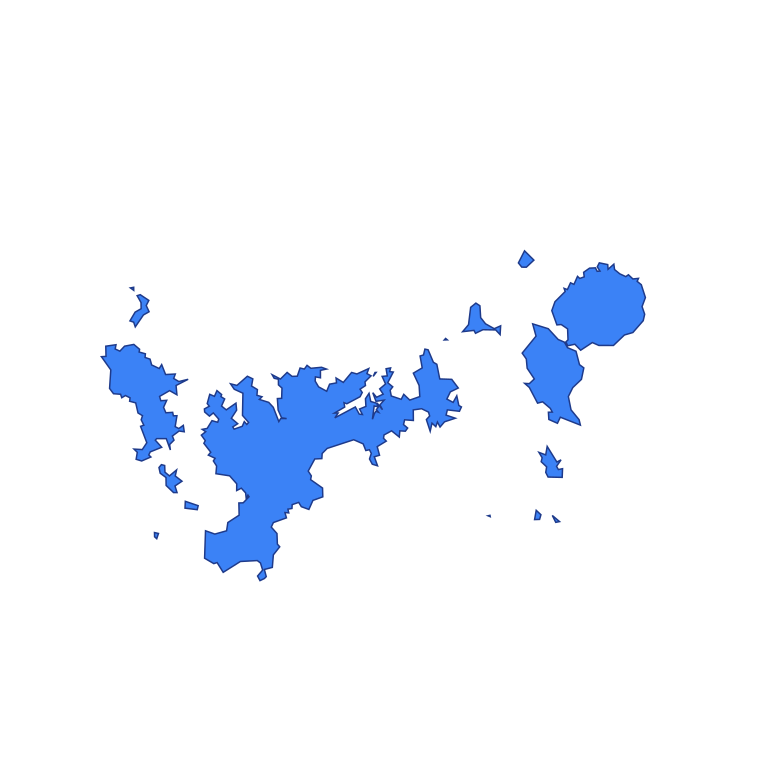 outline of Waiheke Local Board Area, Auckland, New Zealand, rotated 152°
{"feature_id": "76426892B70848202071782", "entity_name": "Waiheke Local Board Area", "entity_type": "district", "adm_level": 2, "iso_a3": "NZL", "parent_name": "New Zealand", "parent_adm1": "Auckland", "projection": "albers", "projection_center": [175.058, -36.805], "detail": "fine", "context": "isolated", "style": "filled", "palette": "blue", "viewbox_px": 768, "rotation_deg": 152, "n_neighbors": 0, "source": "geoboundaries", "source_scale": "gbopen_adm2", "svg_char_len": 6187}
<svg xmlns="http://www.w3.org/2000/svg" viewBox="0 0 768 768"><g transform="rotate(152 384 384)"><path d="M399.8,394.8L391.6,397.3L394.2,401.2L390.2,404.8L403.2,405.6L407.2,409.4L419.2,404.5L423.5,411.8L425.4,407.3L432.1,409.4L438.0,404.5L443.1,412.2L443.4,418.9L441.2,422.5L437.2,419.3L433.7,425.9L427.8,424.2L431.3,428.1L441.2,432.2L443.2,436.6L447.3,434.6L450.6,437.5L456.9,431.6L461.6,433.9L464.1,439.7L473.1,437.0L478.4,444.7L478.3,440.6L475.0,437.8L477.6,432.8L476.0,428.3L481.1,419.4L485.0,421.2L489.7,410.7L490.3,402.2L486.2,399.2L491.4,402.0L494.5,400.2L492.7,415.4L494.4,421.9L501.3,428.9L497.7,430.0L501.5,433.7L498.4,438.5L501.9,444.4L497.4,450.1L501.0,455.0L514.5,451.8L519.4,456.2L518.7,449.7L512.9,442.1L523.7,422.7L521.6,413.6L524.1,412.7L525.0,416.4L529.0,413.2L537.5,414.5L537.7,417.1L531.8,417.6L534.9,425.4L526.4,430.1L523.7,436.6L535.4,435.2L537.8,440.8L531.7,445.6L533.9,449.4L532.3,450.9L534.6,456.6L539.5,452.7L542.7,456.7L549.3,449.7L548.7,446.4L554.3,446.3L555.5,443.5L553.2,437.6L548.3,438.6L546.4,430.6L548.8,428.3L553.1,432.4L561.0,427.8L565.8,429.3L563.8,425.6L569.3,424.6L568.4,417.9L570.9,416.2L569.0,405.1L572.5,403.7L568.0,397.7L570.8,396.2L570.3,390.2L574.5,383.7L563.4,375.4L560.9,365.0L564.1,359.1L558.9,359.0L557.3,352.8L559.5,347.4L556.3,349.8L556.1,347.8L564.1,345.2L568.0,347.1L573.5,336.2L586.9,335.0L591.9,328.3L603.8,330.9L610.5,338.2L624.2,314.4L618.6,305.3L615.2,304.7L614.4,293.2L594.1,294.7L578.8,287.6L577.1,284.0L578.5,276.7L585.8,273.8L585.8,268.6L580.9,268.4L578.4,269.2L576.7,276.4L568.7,274.5L561.9,285.1L552.5,289.2L553.3,292.7L548.7,302.2L550.7,310.6L546.7,313.6L533.0,311.6L531.8,317.0L528.6,314.9L527.6,318.6L523.7,317.3L521.7,320.6L514.9,319.5L514.6,314.5L509.2,308.5L501.4,314.6L491.0,313.1L487.1,321.0L493.7,334.0L491.3,337.0L491.8,342.7L480.3,350.3L473.9,347.3L471.2,351.7L464.4,353.8L436.9,349.0L430.5,340.9L431.3,333.8L427.7,332.8L427.8,328.7L432.0,324.6L432.0,318.7L428.1,314.8L426.7,324.3L421.4,323.2L419.4,331.9L408.8,332.5L409.9,336.3L407.9,339.0L399.3,339.1L395.4,330.0L392.0,335.2L387.3,332.3L383.8,334.0L385.8,339.0L382.6,342.7L375.2,338.0L370.3,347.4L362.4,344.5L357.9,338.3L358.7,334.3L363.3,332.7L365.4,320.6L360.0,326.9L358.3,322.0L354.7,325.3L354.7,319.7L348.3,322.2L337.1,320.3L343.8,327.4L340.2,331.4L330.2,324.5L326.4,327.4L328.0,329.9L325.3,339.4L331.6,335.3L335.6,341.2L329.1,345.9L320.3,345.6L322.0,356.3L332.4,362.3L328.1,376.6L330.2,380.0L329.0,393.5L331.5,395.6L335.5,391.1L339.0,391.8L342.7,380.3L353.0,379.8L353.7,366.2L358.3,356.1L368.8,357.7L371.4,365.6L376.0,362.4L383.2,370.0L381.5,375.6L377.6,377.4L380.1,383.4L370.2,390.2L373.2,392.3L370.6,395.1L375.0,396.5L377.3,389.6L382.1,391.6L382.6,383.3L390.1,381.7L389.5,375.4L396.8,375.8L398.0,381.6L399.2,372.5L391.5,369.7L397.4,367.5L397.4,362.0L398.7,368.7L400.0,366.2L402.7,365.0L402.1,361.6L403.9,363.7L406.4,362.4L409.8,359.1L410.3,358.8L410.7,358.4L410.8,358.3L403.0,369.2L400.3,366.9L399.3,370.3L403.9,374.8L401.6,382.8L407.3,379.7L410.5,372.7L417.3,373.4L417.4,367.2L420.0,369.0L420.1,377.2L443.3,377.2L438.1,379.9L441.4,381.6L429.5,382.1L428.1,386.3L426.1,384.0L411.1,384.0L407.2,386.7L407.6,390.7L401.1,391.3L399.8,394.8ZM163.3,310.3L148.7,314.4L140.1,312.6L125.4,318.2L121.1,323.2L119.8,331.2L112.6,337.6L110.2,350.9L112.3,355.8L109.7,357.8L114.9,359.9L116.9,365.7L120.1,365.3L124.1,370.6L126.7,376.8L124.8,381.9L132.3,380.1L130.4,384.4L137.0,389.9L140.7,387.3L140.3,382.3L142.9,383.4L142.8,387.3L148.1,389.8L155.3,388.9L156.9,384.6L161.6,385.3L162.6,388.2L169.5,382.8L171.8,385.8L177.7,381.3L180.1,383.9L180.6,380.6L194.4,376.4L201.4,370.0L203.6,355.0L199.6,353.3L196.0,346.5L200.8,336.6L203.6,335.8L203.8,331.5L196.8,329.5L194.5,321.5L180.6,322.8L176.2,317.2L163.3,310.3ZM601.9,438.0L603.6,426.0L601.7,431.2L595.8,433.0L595.3,437.4L587.0,438.7L582.8,435.6L580.6,441.7L586.1,441.0L588.4,444.4L581.7,453.2L584.9,454.8L583.9,458.2L590.1,461.0L589.6,466.9L583.5,471.6L588.9,474.0L588.0,478.4L576.4,478.8L571.9,471.7L568.3,480.3L554.7,480.1L564.0,482.5L567.1,487.6L563.6,490.8L572.4,494.9L571.2,505.5L575.2,503.2L580.2,509.9L578.9,515.8L582.5,519.6L580.5,522.7L585.2,527.2L583.5,529.4L586.3,536.4L595.3,539.2L601.8,537.0L604.9,541.1L602.2,544.5L611.9,548.0L616.5,538.9L620.7,540.8L618.6,524.7L628.4,508.9L627.4,502.4L621.4,498.6L622.0,495.0L617.7,495.2L614.7,491.0L616.7,488.2L612.1,483.9L614.8,473.9L612.1,469.4L615.2,466.4L615.4,460.4L618.8,460.9L621.0,443.5L628.2,439.6L635.3,443.9L633.9,439.5L638.2,433.9L634.1,429.8L624.1,429.0L625.0,431.8L622.3,433.8L610.0,432.5L612.3,441.8L610.4,442.5L601.9,438.0ZM243.9,271.9L229.9,255.5L228.5,260.9L231.0,273.4L227.1,286.4L219.0,292.2L207.5,295.4L200.0,304.4L202.3,309.3L199.1,322.8L204.9,329.9L205.1,336.3L209.3,341.5L213.0,355.7L224.5,367.3L227.3,354.9L247.5,346.4L246.6,339.3L250.2,330.7L248.9,317.9L255.5,316.1L259.5,318.5L257.3,312.7L257.4,295.0L252.3,293.8L248.6,284.4L248.6,280.2L252.1,281.9L255.1,275.3L249.3,267.9L243.9,271.9ZM260.0,379.3L258.3,373.1L253.7,380.6L260.7,381.1L266.1,389.5L267.5,397.2L262.6,408.0L264.9,412.3L271.5,411.0L281.5,396.7L290.0,393.3L279.4,389.1L279.4,385.8L271.2,385.5L260.0,379.3ZM270.5,217.9L266.1,225.4L270.2,226.6L270.3,230.3L263.3,233.9L268.0,234.0L269.2,252.3L274.5,245.5L279.3,250.9L279.0,244.6L281.7,241.6L279.3,234.5L282.7,230.0L282.8,224.8L270.5,217.9ZM576.8,551.2L564.0,557.9L557.5,558.1L557.1,564.9L552.4,568.2L557.3,577.3L560.5,577.9L560.3,570.0L563.1,564.5L570.0,564.3L578.7,559.0L576.0,556.1L576.8,551.2ZM624.0,396.7L620.8,386.9L617.7,385.3L616.4,392.1L608.0,393.0L611.5,400.8L607.5,405.5L616.6,403.6L618.8,409.0L615.9,415.0L618.4,417.3L621.9,415.9L623.5,410.3L620.4,403.8L624.0,396.7ZM203.4,420.3L193.5,423.0L197.4,435.6L208.5,427.8L207.5,422.5L203.4,420.3ZM618.0,367.8L607.9,360.7L605.2,363.8L614.5,373.7L618.0,367.8ZM310.2,191.4L306.8,194.9L308.9,201.0L314.7,193.6L310.2,191.4ZM657.3,354.1L653.3,357.9L656.4,360.6L658.3,356.8L657.3,354.1ZM297.3,181.2L293.6,180.1L297.1,188.9L297.3,181.2ZM559.6,586.9L562.8,587.9L561.0,584.2L559.6,586.9ZM310.1,394.6L307.4,393.3L308.2,395.3L310.1,394.6ZM354.0,218.8L352.5,217.0L352.1,218.3L354.0,218.8ZM386.5,398.4L390.0,395.8L385.5,397.9L386.5,398.4Z" fill="#3b82f6" stroke="#1e3a8a" stroke-width="1.5"/></g></svg>